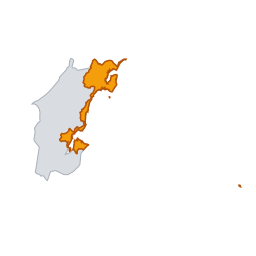 location of Puntarenas within Costa Rica, rotated 259°
{"feature_id": "CRI-1330", "entity_name": "Puntarenas", "entity_type": "Province", "adm_level": 1, "iso_a3": "CRI", "parent_name": "Costa Rica", "parent_adm1": "", "projection": "albers", "projection_center": [-84.164, 7.924], "detail": "fine", "context": "in_parent", "style": "filled", "palette": "amber", "viewbox_px": 256, "rotation_deg": 259, "n_neighbors": 0, "source": "natural_earth", "source_scale": "10m", "svg_char_len": 7375}
<svg xmlns="http://www.w3.org/2000/svg" viewBox="0 0 256 256"><g transform="rotate(259 128 128)"><path d="M207.2,85.2L207.0,85.8L206.5,86.5L205.6,87.2L204.5,87.6L201.7,86.2L199.0,84.7L197.5,85.4L197.0,87.5L196.0,88.5L194.8,89.0L194.2,89.7L194.2,96.7L194.3,103.3L196.3,103.5L199.7,105.7L201.2,107.1L201.6,108.3L201.2,109.0L198.7,110.4L196.3,112.2L195.1,114.5L197.2,118.2L197.7,120.7L197.6,123.3L197.1,124.6L192.4,127.6L191.3,128.7L191.5,129.4L194.1,131.5L195.3,133.5L196.3,135.9L196.5,138.0L194.1,134.1L190.8,130.4L188.0,128.1L187.8,122.8L186.6,119.9L182.3,117.2L178.7,115.4L176.0,115.7L177.6,118.8L181.9,122.8L182.2,124.3L182.2,126.3L179.2,126.0L176.6,125.2L173.4,124.9L171.3,123.7L166.8,119.0L170.0,115.0L171.0,112.3L170.9,106.9L170.1,104.2L166.7,100.2L161.2,95.8L153.5,92.2L149.9,89.3L140.9,87.0L137.5,85.5L134.8,82.8L134.4,80.8L135.3,77.8L132.9,73.9L122.2,66.3L116.2,63.5L114.9,61.9L114.0,61.4L114.9,66.6L117.5,69.8L124.3,72.7L126.2,74.4L126.9,76.7L123.0,80.9L120.9,82.0L120.3,84.3L119.0,85.0L117.7,83.7L112.1,77.0L101.4,73.8L99.5,71.8L95.5,65.7L93.7,60.1L94.4,56.3L98.8,50.6L100.2,48.1L99.9,46.5L100.1,44.2L98.4,42.6L94.4,40.5L91.8,38.8L92.5,38.0L97.2,35.8L97.5,33.8L97.5,33.1L98.2,33.0L98.9,32.4L99.3,31.9L100.6,29.9L101.7,28.8L103.0,28.7L104.6,29.5L110.4,31.6L116.9,33.9L126.2,37.3L130.1,35.2L133.4,33.5L135.7,33.8L140.7,35.7L143.7,36.3L145.6,36.1L148.7,38.9L150.5,40.9L150.8,42.3L151.8,43.1L154.2,43.2L160.3,44.6L164.1,44.4L167.5,42.9L169.3,41.1L169.9,38.3L170.7,39.7L171.8,41.8L172.2,44.7L176.6,54.1L180.1,59.3L187.8,68.9L191.1,70.7L196.8,78.4L198.7,79.6L199.8,81.9L205.6,83.8L207.2,85.2Z" fill="#d9dde1" stroke="#a8b0b8" stroke-width="1"/><path d="M194.3,102.9L194.3,103.3L195.3,102.9L195.7,102.9L195.9,103.1L196.3,103.8L197.3,104.3L198.9,105.5L200.4,106.0L200.9,106.3L201.9,108.2L201.4,109.0L200.4,109.6L196.8,111.1L196.4,111.4L196.1,111.8L196.5,112.2L196.5,112.6L196.2,113.0L195.2,113.7L194.9,114.0L194.9,114.5L195.0,115.0L197.0,117.5L197.5,118.4L197.7,119.5L197.9,121.9L197.8,123.1L197.5,124.2L196.8,125.1L195.9,125.6L194.9,125.9L193.9,126.4L192.3,127.9L190.5,129.0L190.4,129.5L190.7,129.8L191.7,130.4L192.4,131.2L193.1,131.1L193.4,131.1L194.0,131.4L194.2,131.8L194.4,132.9L196.2,136.9L196.1,138.5L195.9,139.3L195.4,138.9L195.4,138.4L195.9,137.2L195.8,136.8L193.4,132.7L192.5,131.9L188.2,128.7L187.0,127.6L188.1,126.3L188.2,126.2L189.0,124.8L188.8,124.3L187.7,122.9L187.5,122.5L187.5,122.0L188.7,121.3L188.3,121.2L187.3,121.2L186.8,121.0L186.5,120.7L185.8,119.4L186.1,118.9L186.3,118.9L186.7,119.7L186.8,120.2L186.9,120.3L188.0,119.9L188.0,119.6L187.0,119.0L186.3,118.2L186.1,118.2L185.8,118.6L184.5,118.5L183.9,118.6L183.3,117.7L182.8,117.4L182.3,117.7L181.2,117.0L180.9,116.5L181.1,115.8L180.6,115.8L180.7,115.2L180.3,114.9L178.9,114.6L178.7,115.0L178.3,114.8L178.0,114.8L177.6,115.5L177.2,115.5L176.0,115.4L175.5,115.5L175.4,116.2L175.6,116.0L175.8,116.0L177.1,117.9L177.2,118.4L178.2,119.9L178.7,120.1L180.5,120.6L181.0,120.9L181.9,121.8L182.3,121.5L182.3,122.4L182.2,122.7L182.0,123.0L182.6,123.9L182.8,125.2L182.7,126.4L182.3,127.3L181.5,127.3L180.3,126.9L179.1,126.4L178.5,125.9L179.5,126.1L178.8,125.8L178.2,125.4L178.2,125.9L176.2,125.0L175.5,124.9L172.8,125.2L172.3,124.9L171.0,123.4L168.0,120.5L167.8,120.2L166.7,119.8L166.6,118.7L167.9,116.8L168.8,116.3L169.1,116.6L169.3,116.4L170.4,114.8L170.0,114.3L170.5,113.6L171.4,113.1L172.3,112.9L172.3,112.7L171.2,112.6L170.5,113.3L170.1,113.5L170.0,113.1L170.1,112.5L170.6,111.9L171.9,111.2L172.0,110.9L171.8,110.5L171.0,109.9L170.9,109.3L171.5,109.7L172.3,109.8L171.0,108.7L170.4,108.6L170.8,108.3L170.8,108.1L170.4,107.9L170.6,107.5L171.3,106.7L170.2,103.9L169.7,103.3L169.4,103.5L168.6,102.5L167.9,101.3L167.0,100.4L165.6,100.2L165.7,99.3L165.0,98.5L163.9,98.0L163.1,97.8L160.4,95.1L157.7,93.9L157.3,93.6L154.0,92.3L153.4,92.4L153.1,92.0L152.6,92.2L152.0,91.6L151.4,91.5L151.8,90.9L151.3,90.0L150.4,89.2L149.5,88.9L149.5,89.1L150.0,89.3L150.5,89.6L149.6,89.4L148.1,88.6L146.4,88.3L141.7,87.0L140.9,87.0L139.5,87.3L139.1,87.2L138.7,86.9L138.4,86.1L137.9,86.0L138.1,86.5L136.3,85.2L135.9,84.2L134.8,83.6L134.7,82.6L134.1,82.6L134.3,82.2L134.1,81.2L134.3,80.8L134.9,80.2L135.2,79.6L135.6,78.9L135.8,78.4L135.6,78.0L134.8,77.1L133.4,75.0L133.0,74.7L132.5,74.5L132.6,73.9L133.0,73.1L132.2,72.4L132.0,72.1L132.2,71.6L131.2,71.3L128.2,71.6L128.2,71.3L128.6,71.1L130.3,71.1L130.3,70.8L128.3,70.6L127.4,70.3L126.5,69.9L125.3,68.8L124.7,68.4L124.4,68.1L124.5,68.0L124.0,67.7L122.6,66.3L121.8,65.9L121.4,65.6L121.2,65.5L120.7,65.8L120.4,65.5L120.7,64.9L121.4,64.7L122.4,64.7L122.9,65.0L123.6,64.9L124.1,65.2L125.2,66.3L125.8,66.5L125.7,65.7L125.8,65.3L126.6,64.5L127.4,64.1L127.5,63.9L127.5,63.5L127.3,63.0L127.5,62.3L127.8,61.1L127.7,60.8L127.4,60.4L127.4,60.1L127.7,59.7L128.9,58.8L129.7,58.8L130.4,59.3L131.2,60.6L131.7,61.1L132.8,60.9L133.7,60.6L134.0,60.6L134.6,61.0L134.8,61.6L135.2,62.0L135.1,62.3L134.7,63.2L134.5,64.0L134.7,64.8L134.6,65.9L134.8,66.4L135.3,67.5L136.7,69.4L137.1,69.9L137.5,69.9L137.9,69.7L138.1,69.8L138.6,70.5L138.5,70.8L138.4,70.9L137.7,71.2L136.0,72.4L135.6,72.5L134.7,73.7L134.3,74.0L134.3,74.5L134.6,74.8L135.3,75.1L136.8,75.3L137.1,75.6L137.8,76.6L137.5,76.8L138.4,77.3L138.8,78.0L138.8,78.3L138.7,78.8L138.3,79.0L137.3,79.0L137.2,79.2L137.1,79.3L137.5,80.7L137.5,81.5L138.3,83.1L138.7,84.6L139.3,85.4L139.7,85.6L140.8,85.4L141.3,85.5L141.9,85.4L142.5,85.7L142.8,85.8L143.0,85.6L143.2,85.1L143.9,84.5L143.8,83.4L145.4,83.2L147.4,83.1L148.0,83.7L148.4,83.8L149.6,83.8L150.1,84.0L150.6,84.0L152.1,83.9L152.5,83.9L152.8,84.5L152.7,85.3L152.8,85.5L153.2,85.9L153.5,86.0L154.4,86.0L155.0,86.1L155.2,86.9L155.0,87.6L155.1,87.8L155.9,88.1L156.4,89.2L157.2,90.0L159.5,91.5L160.0,91.7L160.3,91.4L160.6,91.4L161.0,91.6L161.3,92.2L161.4,92.9L162.6,94.1L162.9,94.6L162.9,95.5L163.1,96.2L163.5,96.9L163.8,97.1L165.8,97.9L166.0,97.8L166.4,97.4L166.6,97.2L167.0,97.2L167.4,97.4L168.7,98.8L169.1,100.1L169.5,100.6L172.7,102.7L173.6,102.6L174.2,103.1L174.5,103.1L175.5,102.1L175.6,101.8L175.5,101.0L175.9,100.0L175.8,99.4L175.6,99.0L175.2,98.9L175.0,98.7L174.6,98.6L174.9,96.6L176.0,95.4L176.6,93.9L177.3,93.1L178.3,93.4L178.5,93.5L178.6,94.0L178.8,94.0L179.1,93.7L180.1,93.6L180.7,92.8L181.2,92.6L181.6,92.8L182.3,93.3L183.3,93.7L184.3,94.3L184.7,94.4L186.1,94.3L186.4,94.3L188.1,96.3L189.6,97.3L190.4,100.0L192.1,100.7L192.7,101.8L193.3,102.4L193.8,102.6L194.3,102.9ZM117.2,69.7L118.0,70.4L120.4,71.4L120.6,71.3L121.2,71.5L122.5,72.3L123.1,72.5L123.8,72.5L124.4,72.3L126.1,73.5L125.4,73.9L125.4,74.4L126.3,75.4L125.8,75.7L125.3,76.1L125.8,76.4L126.4,76.4L127.7,76.4L127.7,76.6L126.1,77.6L125.7,78.3L124.9,78.8L124.4,80.0L123.3,79.4L122.7,79.4L122.5,79.8L123.2,80.8L121.8,81.5L121.7,81.7L120.8,82.1L120.7,82.4L119.9,84.8L119.2,86.0L118.9,86.0L118.0,84.0L115.1,80.0L115.5,79.8L115.8,79.3L116.0,79.1L116.3,78.5L116.6,78.1L116.4,77.6L117.0,75.6L116.3,75.3L116.0,74.5L115.5,73.9L114.9,73.7L114.3,73.6L114.0,73.4L113.0,73.4L112.7,73.2L112.5,72.8L113.0,72.3L113.9,71.9L114.5,71.7L114.7,71.9L115.9,71.3L116.7,71.1L116.9,70.8L117.2,69.7ZM118.0,66.8L119.3,67.2L119.7,67.2L119.7,67.5L118.7,67.7L117.5,67.7L116.9,67.5L116.6,67.1L116.2,66.2L117.1,66.0L119.2,66.5L119.2,66.8L118.0,66.8ZM50.1,227.2L48.8,227.3L49.2,226.6L50.1,226.0L50.6,225.9L50.6,226.7L50.1,227.2ZM161.2,115.8L161.6,115.5L162.1,115.5L162.1,115.9L161.8,116.0L161.4,116.0L161.2,115.8Z" fill="#f59e0b" stroke="#b45309" stroke-width="1.5"/></g></svg>